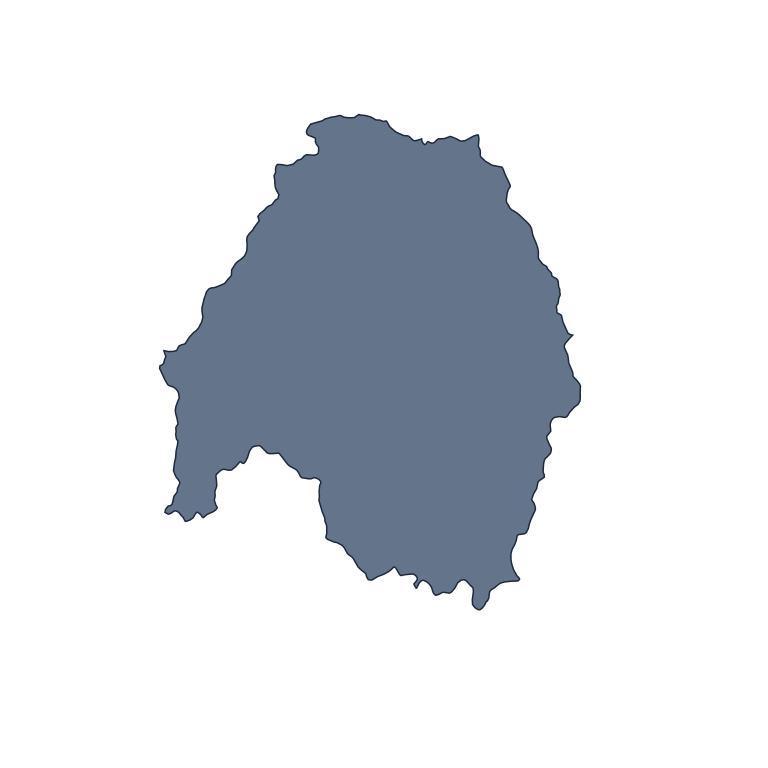 Ngan Son, Bắc Kạn, Vietnam, rotated 134°
{"feature_id": "81297802B68784640933993", "entity_name": "Ngan Son", "entity_type": "district", "adm_level": 2, "iso_a3": "VNM", "parent_name": "Vietnam", "parent_adm1": "Bắc Kạn", "projection": "orthographic", "projection_center": [106.019, 22.43], "detail": "fine", "context": "isolated", "style": "filled", "palette": "slate", "viewbox_px": 768, "rotation_deg": 134, "n_neighbors": 0, "source": "geoboundaries", "source_scale": "gbopen_adm2", "svg_char_len": 6171}
<svg xmlns="http://www.w3.org/2000/svg" viewBox="0 0 768 768"><g transform="rotate(134 384 384)"><path d="M193.2,565.1L195.7,567.0L197.0,570.2L199.6,573.2L201.1,579.1L203.9,584.0L206.9,587.8L207.6,589.3L212.9,590.4L215.2,592.4L218.0,595.5L220.2,598.6L220.8,601.1L221.8,602.6L225.8,605.0L228.8,607.4L234.8,610.7L237.3,611.1L248.0,617.3L252.7,616.6L254.4,616.1L256.4,615.1L257.7,612.9L257.6,611.2L254.9,604.6L255.5,603.2L257.4,601.7L258.5,599.1L259.0,595.8L259.4,595.2L261.5,593.2L263.7,591.6L265.5,591.8L267.9,593.1L272.9,599.0L275.4,599.8L279.1,599.6L280.9,600.3L283.1,601.7L288.7,602.0L292.0,603.9L294.4,605.6L295.6,607.6L298.1,611.0L299.8,612.9L301.0,613.2L302.4,612.8L304.4,611.6L307.2,608.9L310.6,607.7L313.8,603.5L315.4,602.1L318.3,598.4L319.8,594.6L320.8,591.1L322.8,590.1L324.2,589.0L327.2,589.9L333.1,589.2L336.4,590.7L338.9,591.1L342.0,590.9L347.6,591.6L351.1,591.1L353.2,587.2L362.2,586.0L363.9,585.4L369.5,585.3L373.0,584.8L375.8,582.7L379.3,578.8L383.4,575.3L385.8,574.2L388.7,573.3L391.0,573.3L393.8,573.6L398.1,574.4L401.3,574.3L407.8,572.8L410.7,570.2L412.1,569.1L416.8,569.0L422.4,568.5L428.5,571.0L432.5,573.0L435.2,575.2L437.3,576.0L440.9,575.8L444.6,573.9L447.3,572.8L455.3,568.1L457.8,565.8L461.8,560.7L466.1,558.2L472.5,556.3L476.5,556.2L479.2,556.7L485.8,556.5L492.8,555.1L494.0,555.4L496.9,557.1L498.9,557.8L501.3,557.3L504.0,556.4L507.0,558.3L510.3,561.5L512.9,565.5L515.8,560.0L518.7,558.8L522.5,556.8L524.5,556.9L526.4,557.8L528.6,556.4L533.1,544.7L534.6,539.6L534.7,538.1L532.4,533.1L532.1,530.3L532.3,528.3L533.1,525.6L536.3,521.6L540.3,520.1L544.8,518.0L548.0,515.8L550.0,513.3L552.1,509.7L555.8,504.4L558.3,504.0L559.9,503.5L562.6,500.6L565.2,498.6L567.8,495.0L568.2,492.7L570.6,490.7L576.3,487.2L582.0,482.5L585.8,480.3L592.6,475.2L594.2,471.9L595.4,468.7L595.7,465.8L596.4,462.8L597.4,461.9L602.6,460.0L604.6,458.2L606.8,457.5L610.2,457.2L613.2,455.6L615.6,454.0L618.0,452.9L619.9,453.2L621.6,454.4L622.9,454.4L626.0,454.0L628.5,452.4L627.5,448.7L624.9,447.4L621.4,446.8L619.7,445.5L618.9,442.5L619.5,438.0L619.5,435.6L620.7,432.3L620.7,431.3L619.5,430.5L616.4,429.0L612.9,428.4L608.8,429.4L606.3,429.6L605.6,428.4L605.3,425.3L606.0,421.9L605.6,421.1L600.7,420.7L594.7,418.2L591.8,417.6L589.5,417.8L588.6,418.3L587.9,420.8L585.5,425.3L581.8,427.7L578.8,431.0L573.6,433.4L569.9,437.4L566.6,441.4L564.5,441.8L560.1,441.5L557.3,440.7L556.1,439.3L553.9,435.7L551.7,433.9L546.5,433.3L540.5,433.6L539.6,433.3L539.3,430.8L538.5,429.7L537.4,429.7L535.3,430.0L531.8,431.1L525.4,434.2L521.2,434.8L519.8,434.4L517.2,432.8L515.0,430.9L514.5,429.5L514.6,422.0L514.8,420.7L514.5,419.5L513.6,417.9L510.4,414.8L507.2,412.2L506.7,411.0L508.4,399.7L508.6,398.1L508.6,395.1L506.9,388.8L506.6,386.8L507.2,383.7L508.6,379.7L508.5,378.1L504.9,372.8L503.0,370.7L499.6,369.0L498.6,366.9L497.9,364.8L497.9,363.4L498.1,362.0L499.1,360.7L501.6,359.8L506.1,356.3L510.3,351.9L512.9,350.0L518.5,340.3L521.7,333.3L523.8,331.0L525.7,326.9L531.2,321.4L534.6,319.4L535.0,318.8L535.0,316.8L532.4,310.2L530.8,307.7L529.4,303.1L529.1,301.3L529.4,298.9L531.3,292.6L531.3,290.3L530.7,287.2L531.0,284.5L533.7,275.1L533.6,270.9L533.2,267.2L533.1,265.2L534.7,262.7L535.7,259.5L534.8,258.1L533.7,256.8L532.5,256.2L527.2,254.9L521.0,252.0L516.3,250.5L512.7,249.9L509.0,249.9L508.3,249.2L508.2,247.6L510.0,241.4L510.2,239.5L509.8,238.5L507.2,236.9L502.3,232.8L500.2,230.6L499.8,227.8L500.4,225.2L501.8,224.2L503.8,223.8L507.1,223.6L507.6,222.6L508.5,219.0L508.1,218.8L506.8,219.1L503.1,220.4L500.4,220.5L498.9,220.2L497.8,219.4L496.5,215.3L496.5,212.2L497.1,208.9L499.7,204.1L500.4,201.5L500.0,199.9L497.0,198.3L493.9,197.4L492.6,196.7L489.0,191.7L487.7,191.1L485.9,191.0L481.8,191.2L475.8,192.9L471.6,192.2L469.9,191.1L469.0,190.2L468.5,188.5L468.5,186.2L468.9,182.2L468.8,178.8L469.2,177.9L471.2,175.5L478.0,170.5L481.1,167.1L481.6,164.4L481.6,162.1L480.9,159.5L479.8,158.2L477.5,157.7L475.3,157.8L473.1,158.1L469.9,159.2L468.2,158.9L465.0,160.0L461.5,162.7L459.8,163.8L457.3,163.9L453.7,162.9L449.6,162.6L446.4,161.9L442.8,159.9L437.6,155.6L432.7,150.9L430.7,150.7L430.0,151.1L429.6,152.6L429.6,155.4L427.6,161.7L424.7,167.2L421.9,170.9L418.0,174.7L413.9,177.0L408.3,178.6L404.6,180.2L401.0,182.6L399.3,182.9L394.2,178.9L391.8,178.5L387.5,179.9L383.9,182.1L380.2,183.9L369.7,187.6L368.4,188.5L366.8,190.8L365.6,193.3L364.7,197.2L363.8,197.9L359.4,200.0L353.2,201.5L347.8,205.0L345.6,205.2L341.8,204.3L339.7,204.0L338.1,205.5L336.9,208.3L332.1,212.5L329.2,214.7L327.2,215.7L325.5,216.2L322.0,216.0L318.2,216.1L315.7,217.5L314.0,219.0L312.2,224.2L310.0,229.2L308.7,230.5L302.0,231.3L297.7,236.4L294.2,238.2L291.1,238.5L289.2,237.9L285.6,235.2L282.4,230.7L280.8,229.8L278.6,230.0L275.8,230.8L268.8,231.0L263.7,230.3L260.1,231.2L257.4,233.4L253.7,237.1L249.0,241.3L248.1,243.5L247.5,247.5L247.3,252.2L246.9,253.6L244.9,255.9L243.7,258.2L240.5,265.8L237.2,269.7L235.5,272.1L232.6,279.3L231.1,281.1L228.1,281.9L221.3,282.2L217.8,282.2L218.7,283.6L219.3,285.2L219.6,287.2L215.1,298.3L211.4,304.0L211.4,305.1L212.3,307.6L212.5,309.4L210.5,311.2L209.3,313.0L207.7,314.4L205.6,314.6L204.0,315.5L201.1,317.7L198.6,318.7L197.3,319.3L196.1,321.0L193.8,323.4L192.7,326.0L189.4,329.7L188.5,331.6L188.5,333.4L189.7,337.7L189.3,338.7L187.9,340.7L187.6,346.0L186.5,348.8L187.5,352.9L186.8,359.0L185.8,360.9L181.9,364.5L179.9,367.0L176.9,372.6L175.1,377.0L173.2,380.9L169.7,385.9L168.6,388.9L168.3,392.2L168.4,404.6L168.6,406.9L169.3,410.5L170.0,412.9L170.0,415.5L168.5,420.3L168.3,421.9L166.6,423.9L161.5,427.7L157.7,429.7L154.3,430.3L153.4,431.4L151.8,435.2L148.9,443.0L146.8,447.2L146.1,449.6L146.5,450.5L151.5,458.1L153.3,465.6L153.4,471.9L152.8,473.5L149.9,476.1L148.7,477.9L147.4,481.3L141.8,485.9L139.5,488.9L139.7,489.6L142.9,491.6L152.5,494.6L156.0,497.5L157.3,502.1L159.0,506.6L160.0,508.4L165.3,510.9L170.1,515.3L172.3,515.6L174.9,515.5L176.6,516.1L177.8,517.2L179.1,520.8L180.3,520.9L182.0,520.5L183.4,520.9L183.6,521.5L183.6,523.4L182.8,525.7L181.5,527.2L184.5,528.7L187.9,530.9L188.2,531.7L188.5,532.9L188.5,537.4L188.7,538.6L189.7,540.2L191.6,542.4L194.4,550.2L194.8,553.9L195.0,557.9L194.7,559.7L193.5,563.2L193.2,565.1Z" fill="#64748b" stroke="#1e293b" stroke-width="1.5"/></g></svg>